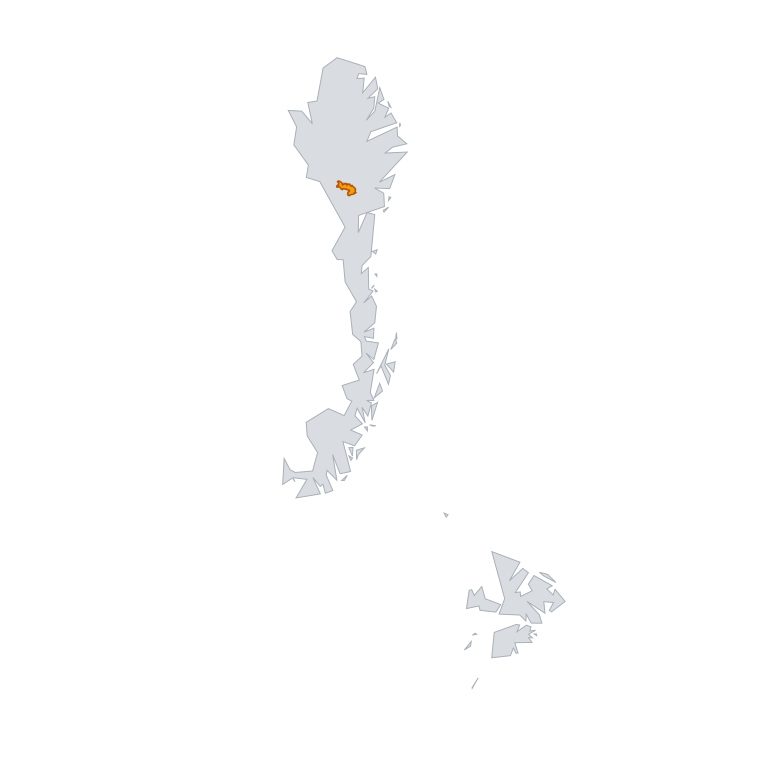 Tynset nor, Hedmark, Norway (highlighted), rotated 152°
{"feature_id": "86288312B7297449616309", "entity_name": "Tynset nor", "entity_type": "district", "adm_level": 2, "iso_a3": "NOR", "parent_name": "Norway", "parent_adm1": "Hedmark", "projection": "albers", "projection_center": [10.663, 62.36], "detail": "fine", "context": "in_parent", "style": "filled", "palette": "amber", "viewbox_px": 768, "rotation_deg": 152, "n_neighbors": 0, "source": "geoboundaries", "source_scale": "gbopen_adm2", "svg_char_len": 5988}
<svg xmlns="http://www.w3.org/2000/svg" viewBox="0 0 768 768"><g transform="rotate(152 384 384)"><path d="M434.0,374.8L420.5,384.0L423.5,388.4L421.7,402.3L404.0,399.1L401.9,415.8L390.3,418.9L384.5,432.4L388.4,442.4L379.9,463.9L369.7,469.5L370.4,492.4L361.7,512.9L366.9,515.9L367.3,526.1L344.7,540.8L345.7,592.9L355.6,602.8L348.0,612.8L351.3,637.5L340.4,652.1L340.1,670.5L328.5,663.5L325.1,647.4L319.1,668.3L310.3,665.3L289.4,691.6L272.2,694.1L251.8,673.2L253.8,665.4L260.5,669.9L264.5,666.5L257.9,663.4L266.1,651.1L247.5,658.9L250.9,647.7L264.0,643.8L257.3,642.0L263.7,632.2L275.9,625.2L264.1,629.1L248.6,647.6L250.5,635.2L257.3,634.8L250.4,625.3L257.9,619.1L250.6,620.0L250.1,608.7L277.2,613.0L285.2,606.3L251.8,604.7L255.6,596.7L251.1,585.4L265.1,589.1L274.6,587.4L254.6,577.9L293.4,564.4L276.1,563.8L287.2,553.9L300.2,561.4L294.7,552.5L300.3,540.5L327.3,544.8L335.7,529.7L318.5,543.3L312.6,537.9L335.8,502.7L347.6,499.0L352.2,492.2L343.2,494.2L352.9,475.1L350.0,471.2L363.8,465.1L353.6,467.5L354.2,456.1L363.4,442.4L377.4,439.2L366.7,438.0L371.8,429.3L379.0,435.0L379.6,430.2L369.6,422.9L381.4,410.5L385.4,419.7L383.2,407.9L396.8,403.5L385.9,401.7L400.1,382.9L400.6,374.2L407.0,377.7L404.0,373.2L413.3,363.3L414.3,373.7L418.8,358.6L419.1,375.3L424.6,369.5L421.8,359.0L435.0,359.0L427.3,349.2L439.0,343.2L447.3,352.5L454.6,322.4L464.9,325.4L462.5,345.8L470.8,321.2L474.8,334.4L477.8,330.8L479.2,314.0L487.1,315.1L484.9,324.2L488.3,323.5L490.7,334.8L491.8,316.9L515.1,324.7L496.8,336.0L508.4,344.0L520.6,342.9L507.1,365.1L507.2,352.2L503.8,347.5L487.9,340.7L474.8,354.7L476.2,374.2L470.7,386.7L444.7,388.4L434.0,374.8ZM356.9,98.7L366.3,103.8L366.5,114.0L370.0,108.1L372.6,116.3L390.4,126.8L378.2,137.8L367.5,185.4L347.7,162.8L365.7,151.4L348.0,156.0L345.1,149.6L366.0,138.2L361.4,136.5L363.1,132.3L350.3,131.9L350.5,139.5L341.5,144.5L330.2,126.9L336.4,126.7L333.7,118.4L329.3,122.4L326.2,107.0L343.0,104.2L344.4,106.5L336.9,111.5L345.1,116.8L349.5,106.1L359.7,124.8L355.2,107.1L356.9,98.7ZM374.6,86.3L390.0,94.2L392.0,83.5L393.8,84.4L393.8,90.1L399.9,84.8L417.4,91.7L403.3,112.9L380.2,109.6L377.3,107.5L382.9,102.8L371.4,104.2L368.3,100.4L371.3,97.4L365.8,95.5L373.7,95.2L372.1,90.2L375.5,92.2L374.6,86.3ZM392.3,130.1L405.5,139.1L404.3,143.4L416.6,147.0L405.7,161.8L403.1,161.2L403.6,154.9L392.8,159.3L395.4,146.8L384.5,134.4L392.3,130.1ZM378.1,401.5L385.7,396.6L363.3,412.8L374.5,400.3L374.3,388.5L380.2,381.7L378.1,401.5ZM388.6,378.5L399.1,376.4L387.5,386.6L388.6,378.5ZM398.3,370.8L411.7,357.6L405.4,370.6L398.3,370.8ZM325.4,128.1L333.2,139.7L335.1,144.8L328.9,139.1L325.4,128.1ZM369.9,390.0L372.5,400.4L363.7,398.4L369.9,390.0ZM443.7,330.0L439.5,338.5L431.3,336.8L439.9,333.7L443.7,330.0ZM445.7,335.2L444.9,344.3L441.2,342.5L445.7,335.2ZM353.5,414.1L361.8,411.3L352.9,418.7L353.5,414.1ZM448.8,74.5L438.8,80.3L449.0,73.9L448.8,74.5ZM430.7,111.9L437.9,111.5L427.9,115.7L430.7,111.9ZM459.3,320.6L464.5,317.4L466.7,318.7L459.3,320.6ZM449.0,332.2L448.8,337.0L446.5,333.4L449.0,332.2ZM420.7,350.4L421.4,355.1L418.8,353.8L420.7,350.4ZM391.6,237.3L391.6,241.8L388.8,238.5L391.6,237.3ZM423.8,120.8L420.4,121.1L419.7,119.6L423.8,120.8ZM330.3,502.7L332.1,506.6L327.0,505.7L330.3,502.7ZM410.7,350.9L413.8,352.2L415.9,354.7L410.7,350.9ZM367.3,90.2L368.8,92.7L366.8,91.9L367.3,90.2ZM303.0,537.7L296.8,538.0L303.3,535.8L303.0,537.7ZM293.9,543.9L291.5,547.1L290.5,545.3L293.9,543.9ZM351.6,419.8L348.8,423.6L351.7,417.2L351.6,419.8ZM249.1,626.7L247.9,631.9L248.0,625.0L249.1,626.7ZM347.6,472.1L346.3,469.0L348.1,469.1L347.6,472.1ZM508.4,339.4L508.9,343.2L508.5,342.6L508.4,339.4ZM349.3,475.0L346.1,475.8L350.0,474.2L349.3,475.0ZM339.9,482.4L340.3,485.4L338.7,484.5L339.9,482.4ZM249.3,604.2L247.4,607.2L248.0,604.6L249.3,604.2Z" fill="#d9dde1" stroke="#a8b0b8" stroke-width="1"/><path d="M326.4,569.2L327.2,568.2L327.0,567.4L326.8,567.3L326.7,566.9L326.2,566.6L325.9,566.6L325.2,566.9L323.3,566.4L321.7,566.0L320.6,566.0L320.2,566.1L319.9,566.0L319.6,566.1L319.7,566.3L319.5,566.2L319.4,566.2L319.5,566.3L319.5,566.5L319.4,566.6L319.1,566.9L319.0,567.2L318.9,567.6L318.7,567.9L318.6,568.5L318.3,568.6L318.2,568.7L318.1,568.9L317.9,569.0L317.9,569.3L318.0,569.3L318.0,569.5L317.6,569.8L317.8,570.5L318.0,571.3L318.8,573.5L318.9,574.2L319.3,574.2L319.7,574.1L319.7,574.5L319.8,574.5L320.1,574.5L320.6,574.9L320.5,575.4L320.4,576.4L321.1,576.7L321.1,576.9L321.3,576.9L321.4,577.0L321.5,577.0L321.8,577.2L321.8,577.3L321.9,577.5L322.6,577.8L323.0,578.4L323.1,578.2L323.3,577.9L323.3,578.0L323.3,577.9L323.4,578.0L323.6,578.5L324.2,578.9L324.2,579.0L324.3,579.0L324.3,578.9L324.3,579.0L324.5,579.2L324.6,579.3L324.6,579.2L324.9,579.2L325.3,579.2L325.3,579.3L325.6,579.2L325.9,579.2L325.8,579.3L326.0,579.3L326.2,579.2L326.3,579.3L326.5,579.3L326.8,579.3L326.8,579.5L326.9,579.8L327.0,579.8L326.7,580.2L326.6,580.5L327.1,582.3L327.6,583.0L327.9,583.6L327.9,583.8L328.0,583.9L328.2,584.0L328.3,584.0L328.8,584.5L329.0,584.7L329.3,584.6L329.2,584.6L329.3,584.6L329.6,584.6L329.8,584.5L330.1,584.4L330.0,583.9L329.8,583.8L329.8,583.5L329.8,583.3L329.9,582.9L329.8,582.7L330.0,582.5L330.1,582.0L330.1,581.9L330.3,581.6L330.7,581.5L330.9,581.4L331.4,581.4L331.5,581.2L331.8,580.8L332.0,581.0L332.3,581.2L332.7,580.9L332.5,580.7L332.5,580.4L332.8,580.3L333.1,580.1L333.2,579.8L333.1,579.4L333.1,579.5L332.9,579.6L332.7,579.8L332.6,579.7L332.4,579.6L332.2,579.8L331.9,579.8L331.8,579.7L331.7,579.6L331.6,579.4L331.4,579.4L331.2,579.3L331.1,579.5L331.0,579.4L330.9,579.3L330.7,579.2L330.7,578.8L330.4,576.9L330.3,576.4L330.2,576.2L330.1,575.8L330.0,575.7L329.9,575.7L329.7,575.7L329.4,575.7L329.2,575.6L329.1,575.8L329.1,575.7L329.0,575.8L328.9,575.7L328.8,575.8L328.7,575.8L328.8,575.9L328.8,576.0L328.7,576.0L328.6,575.9L328.6,575.7L327.5,574.8L326.6,574.2L326.5,574.3L326.4,574.4L326.2,574.3L326.0,574.0L325.7,573.3L325.4,573.3L325.4,573.2L325.1,572.6L324.6,572.0L323.6,571.5L323.8,570.7L324.4,570.3L325.1,570.4L325.7,570.1L326.0,570.1L326.4,569.2Z" fill="#f59e0b" stroke="#b45309" stroke-width="1.5"/></g></svg>